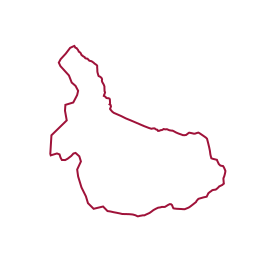 the district of Amasia, Shirak, Armenia, rotated 164°
{"feature_id": "60910142B69000045179154", "entity_name": "Amasia", "entity_type": "district", "adm_level": 2, "iso_a3": "ARM", "parent_name": "Armenia", "parent_adm1": "Shirak", "projection": "orthographic", "projection_center": [43.631, 40.973], "detail": "fine", "context": "isolated", "style": "outline", "palette": "rose", "viewbox_px": 256, "rotation_deg": 164, "n_neighbors": 0, "source": "geoboundaries", "source_scale": "gbopen_adm2", "svg_char_len": 3240}
<svg xmlns="http://www.w3.org/2000/svg" viewBox="0 0 256 256"><g transform="rotate(164 128 128)"><path d="M170.6,53.8L167.9,52.6L165.0,51.0L162.4,49.7L159.5,48.2L157.2,46.9L154.9,46.2L151.7,45.2L149.4,44.4L147.2,43.5L145.1,42.2L144.0,41.3L143.2,40.5L142.4,40.3L140.9,40.3L139.4,40.1L138.0,40.0L136.3,39.5L134.8,39.8L132.7,40.1L130.7,40.4L128.7,41.1L126.1,42.1L123.4,42.7L121.0,43.1L119.6,42.9L118.9,42.8L117.1,42.8L115.5,42.3L114.3,42.0L112.7,42.4L111.0,42.9L110.6,43.0L108.9,43.3L107.7,42.9L106.9,41.7L106.8,40.1L106.6,39.0L106.5,38.3L105.8,37.9L105.6,37.8L103.4,36.9L99.0,35.4L98.0,35.0L95.9,34.3L92.2,34.7L90.8,35.0L88.9,35.7L86.4,36.7L83.0,38.1L82.3,38.9L81.0,39.8L79.8,40.5L78.1,40.5L74.5,40.5L71.3,40.3L70.2,41.5L69.4,42.4L68.8,43.1L67.0,43.9L65.2,44.5L64.1,45.0L62.6,44.9L60.6,44.6L60.0,44.9L59.3,45.1L57.2,46.2L56.5,46.7L55.2,46.9L52.9,47.3L52.5,47.6L51.2,48.1L50.9,49.9L50.5,51.8L50.4,52.5L50.1,53.4L49.8,53.8L48.9,54.9L47.8,56.7L46.8,58.5L46.2,59.9L46.5,62.6L46.8,64.2L47.2,65.3L48.2,65.7L49.1,66.2L49.6,66.5L50.7,68.4L50.7,68.6L51.2,71.7L51.3,72.9L53.4,74.1L54.8,74.9L56.2,75.9L56.2,77.9L56.1,80.0L55.6,83.3L55.3,87.0L55.1,91.8L55.0,95.9L55.7,97.2L56.8,98.6L58.1,100.2L60.8,103.4L61.7,104.2L63.6,104.2L65.2,104.1L66.3,104.4L67.5,105.1L68.8,105.8L70.4,106.6L70.9,106.6L72.1,106.1L74.0,105.3L75.6,105.5L77.2,106.0L78.5,107.0L80.9,108.7L83.0,110.4L84.8,112.2L85.9,113.2L86.4,113.3L88.8,114.4L89.8,115.2L90.9,116.1L92.5,116.4L94.1,117.2L95.2,116.8L96.0,116.7L97.2,116.9L98.7,116.7L99.2,116.8L99.9,116.9L100.0,117.1L100.3,118.2L101.1,118.6L102.0,119.5L102.5,120.3L104.0,120.7L105.7,120.8L107.8,122.2L112.3,125.6L123.2,134.5L127.4,137.8L131.2,141.3L134.7,144.2L137.5,146.5L138.6,148.0L139.5,149.9L139.9,150.9L140.0,151.2L140.0,151.3L139.5,151.9L138.4,153.5L138.4,155.0L139.2,155.8L138.6,156.3L138.3,157.2L138.0,158.6L137.6,160.2L137.7,161.3L138.5,162.0L139.6,162.3L140.5,162.8L141.0,164.0L141.5,164.7L141.7,164.9L142.4,165.5L141.8,166.5L141.4,166.9L140.9,167.5L140.2,168.7L140.4,169.8L140.1,171.0L139.7,172.7L139.2,174.5L139.4,176.6L139.8,178.1L140.1,179.5L140.1,180.7L139.6,181.6L139.5,182.9L140.0,184.0L140.7,185.0L141.9,186.0L142.0,186.9L142.0,188.3L142.0,189.7L141.8,191.2L141.5,192.1L141.2,193.5L140.9,194.9L140.5,196.2L140.6,196.8L141.0,197.4L141.5,198.1L142.1,198.8L142.6,199.4L142.9,200.1L143.8,201.2L144.5,202.1L145.2,202.6L146.1,203.0L146.8,203.6L147.1,204.3L147.5,205.1L147.8,205.7L148.4,206.1L148.9,206.2L149.7,206.8L150.0,207.3L150.2,208.2L150.9,208.8L151.6,209.6L151.8,210.2L152.2,210.4L152.5,210.8L152.7,211.8L152.8,212.7L153.1,213.6L153.7,214.4L154.3,215.0L154.3,215.7L154.6,217.0L155.1,218.1L155.4,219.0L156.2,219.5L156.4,219.6L156.6,220.2L156.7,220.5L156.7,221.0L157.0,221.7L161.5,221.0L167.4,216.6L173.8,212.7L176.5,209.9L175.9,206.1L170.3,194.8L170.0,191.7L169.6,187.2L168.4,185.4L166.8,182.9L165.7,177.5L167.8,173.7L169.2,172.2L173.6,167.6L181.8,167.5L183.8,162.0L184.8,152.2L203.6,142.1L209.8,124.6L209.8,123.0L203.3,123.1L201.1,121.5L201.0,118.2L200.4,115.5L197.2,114.5L194.5,115.1L190.2,116.8L187.5,118.5L185.3,118.5L182.6,114.2L182.5,108.8L188.3,102.1L188.9,98.0L189.3,95.1L189.1,83.7L187.3,73.9L187.2,66.8L184.8,62.5L183.3,59.8L173.6,59.4L170.6,53.8Z" fill="none" stroke="#9f1239" stroke-width="2"/></g></svg>